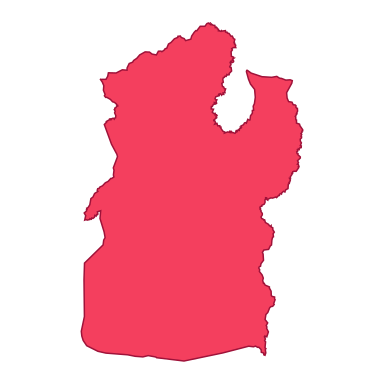 the district of Kranuan, Khon Kaen, Thailand
{"feature_id": "78962969B2173089266466", "entity_name": "Kranuan", "entity_type": "district", "adm_level": 2, "iso_a3": "THA", "parent_name": "Thailand", "parent_adm1": "Khon Kaen", "projection": "mercator", "projection_center": [103.114, 16.767], "detail": "fine", "context": "isolated", "style": "filled", "palette": "rose", "viewbox_px": 384, "rotation_deg": 0, "n_neighbors": 0, "source": "geoboundaries", "source_scale": "gbopen_adm2", "svg_char_len": 5937}
<svg xmlns="http://www.w3.org/2000/svg" viewBox="0 0 384 384"><path d="M266.8,336.8L268.4,331.9L266.6,328.3L266.9,327.0L266.2,325.5L267.7,322.9L265.1,319.6L265.9,314.5L267.8,312.5L269.7,307.7L270.8,306.7L272.7,306.3L274.2,304.5L273.7,303.5L275.1,299.7L274.6,299.2L274.6,297.0L272.1,296.4L271.3,295.5L271.1,291.2L269.4,288.1L269.4,286.9L265.1,285.1L264.2,283.3L263.5,283.4L262.7,280.5L263.3,278.1L262.1,274.9L259.4,271.5L259.7,269.7L258.7,268.0L259.4,266.6L260.5,266.3L261.0,263.6L263.5,260.3L263.1,254.1L262.4,252.3L263.9,250.0L268.6,249.4L270.3,245.9L271.5,245.0L271.9,240.0L272.6,237.3L273.5,236.8L273.1,233.8L274.3,232.1L272.8,229.6L272.8,227.8L271.2,227.0L271.1,225.6L270.5,226.2L269.4,225.7L268.5,224.3L265.4,222.5L264.6,219.8L263.7,220.0L262.9,218.9L261.7,218.5L261.0,217.0L262.3,214.9L262.3,213.4L260.9,211.4L261.0,210.3L260.1,209.4L260.5,208.4L259.8,207.9L260.3,206.6L261.8,206.3L261.7,205.4L264.3,204.1L265.1,202.2L264.9,199.9L265.5,199.5L265.6,197.7L266.6,197.8L267.1,199.8L267.8,200.2L268.1,198.7L268.2,199.1L270.8,197.9L272.6,198.1L275.9,197.0L276.6,197.6L278.9,195.2L279.4,195.4L279.7,194.1L280.9,193.6L281.5,194.0L281.8,192.8L283.4,191.3L284.9,192.0L285.6,189.9L288.0,188.6L288.3,184.2L289.3,183.5L289.0,182.4L289.7,182.1L290.4,179.9L289.5,178.3L290.5,178.2L290.3,176.9L292.0,174.4L291.8,173.3L292.6,173.3L292.7,171.8L293.8,171.3L296.2,171.3L298.6,167.8L298.3,166.8L299.0,166.6L298.3,164.4L297.4,164.2L298.5,162.6L297.5,160.8L300.3,158.0L300.3,156.9L297.9,154.7L298.0,153.6L297.1,153.5L296.7,151.8L297.6,151.3L297.4,149.7L298.4,149.8L298.4,149.0L299.2,149.5L299.6,148.0L301.2,147.6L301.3,145.9L300.3,145.6L301.4,142.9L300.4,141.2L300.2,139.2L301.5,137.9L301.6,136.8L301.0,136.3L301.7,134.5L300.9,133.7L302.0,132.3L301.9,131.2L302.7,130.9L302.7,129.7L300.0,125.8L299.5,124.1L296.5,123.1L296.5,120.0L295.8,119.7L295.7,116.5L295.3,116.3L296.9,113.9L296.4,113.7L297.6,111.1L297.4,108.4L296.9,108.5L295.9,107.3L296.0,105.7L295.3,105.0L293.2,104.7L292.0,102.2L288.6,101.6L287.1,98.0L286.6,92.7L291.8,83.2L292.3,80.6L290.2,79.8L285.8,80.1L281.5,78.4L279.6,78.2L276.8,76.4L271.7,77.3L262.0,76.7L251.2,73.1L247.3,70.3L246.7,70.4L246.4,71.6L248.5,79.2L250.5,84.1L254.6,89.4L255.3,97.3L254.4,103.7L253.2,106.2L253.6,110.2L252.3,110.5L252.4,113.2L250.5,115.8L250.0,119.9L249.3,120.1L247.8,119.3L246.4,123.1L245.8,122.6L244.5,122.9L243.5,124.7L241.0,126.0L241.4,127.1L240.3,127.2L240.8,128.2L239.4,128.8L239.3,130.3L238.2,129.8L237.0,131.7L236.5,131.5L237.0,130.6L236.3,130.5L235.8,131.3L236.4,131.9L234.9,133.3L232.6,132.4L232.0,132.7L231.3,131.5L230.3,132.5L229.9,131.9L230.3,131.3L229.9,131.1L229.2,132.3L227.8,131.9L224.4,133.1L224.7,132.0L223.0,131.3L220.9,128.3L221.0,127.1L219.8,126.8L219.8,125.7L217.7,125.8L217.0,123.4L214.8,124.1L215.6,122.7L214.7,120.7L213.8,120.7L213.7,120.1L216.6,117.8L216.0,117.4L216.1,116.3L217.1,115.7L216.5,114.7L215.0,114.8L215.2,113.4L213.7,113.5L212.3,112.2L213.5,109.2L211.2,108.9L211.4,106.5L212.3,106.5L213.3,104.5L214.3,104.2L214.3,102.5L215.4,102.9L215.7,103.9L216.6,103.4L216.1,100.9L216.9,99.9L215.5,99.5L215.0,98.7L215.8,96.7L219.2,95.7L219.4,94.7L218.6,94.7L218.7,94.2L220.3,93.6L221.6,95.2L222.0,94.4L223.7,94.4L223.1,92.9L225.0,92.7L224.7,91.7L225.6,88.9L224.4,88.7L223.6,86.9L222.5,86.5L221.8,83.4L223.3,82.3L222.8,79.3L223.4,77.5L224.3,77.4L225.0,76.2L226.2,76.4L226.9,74.5L227.6,75.0L229.2,74.7L229.1,73.6L231.6,71.0L231.1,67.4L230.1,67.4L229.7,66.6L231.0,64.7L230.1,62.4L231.0,61.2L231.9,62.7L233.4,62.0L233.7,61.2L233.2,60.1L232.5,60.2L232.5,59.1L234.0,58.1L233.4,58.0L233.5,57.1L231.4,56.3L231.1,51.7L232.4,49.9L231.7,48.6L233.4,47.6L235.8,47.6L235.3,46.1L235.7,45.2L234.4,43.9L235.1,42.7L234.5,43.1L234.0,42.6L234.8,39.3L233.5,38.6L232.3,36.1L231.0,36.2L229.0,33.4L227.4,33.1L227.1,32.2L225.6,32.1L225.4,30.6L221.9,31.1L221.5,30.6L220.9,31.4L220.0,31.0L220.2,31.6L219.5,30.6L218.4,30.8L218.4,29.2L217.3,28.8L217.0,27.7L216.3,27.1L215.3,27.6L214.8,25.4L212.9,25.2L211.5,24.1L211.4,24.7L210.6,24.7L209.8,23.9L210.0,23.2L209.0,23.6L208.4,23.0L206.9,23.6L204.9,26.3L200.2,26.3L196.8,30.8L195.8,30.6L194.2,32.3L191.7,36.0L190.8,39.2L185.6,40.6L184.2,38.6L181.3,37.5L180.3,36.0L177.9,36.3L177.8,37.4L174.4,38.8L171.0,42.5L168.5,44.0L166.7,48.3L165.1,48.7L164.3,50.0L161.9,51.7L161.0,51.1L158.4,51.2L156.4,54.9L152.1,54.1L149.5,52.1L145.1,51.9L139.7,54.9L136.8,58.3L133.6,60.5L132.6,62.2L129.2,63.5L127.1,67.9L127.0,70.2L122.3,69.8L116.1,73.0L108.4,72.8L107.7,76.3L106.0,79.3L100.8,79.4L100.1,78.9L102.3,82.1L103.8,85.7L103.4,90.2L105.1,94.5L104.4,95.8L105.7,97.4L106.7,97.3L110.4,99.4L112.6,101.8L114.3,102.3L116.4,103.9L116.5,104.8L117.7,105.3L117.7,106.1L116.8,106.1L115.8,107.7L114.8,108.1L114.8,109.3L114.3,109.6L115.2,111.3L114.6,112.8L115.8,115.6L115.6,117.8L114.2,118.3L114.2,119.0L113.1,118.2L111.7,118.7L111.0,119.8L110.1,119.7L110.2,118.9L109.5,119.0L109.3,119.8L106.3,121.5L106.6,122.1L104.3,124.5L111.5,144.2L116.9,154.3L117.5,156.7L113.3,167.9L114.0,170.2L113.4,175.0L113.9,177.0L111.6,178.5L110.8,178.4L108.1,181.4L105.3,182.8L102.5,185.8L99.8,187.1L99.2,188.3L97.7,188.7L97.2,190.3L97.9,191.4L94.6,193.5L93.0,197.0L90.9,198.6L89.8,204.8L88.0,207.6L86.7,208.2L87.1,209.2L86.5,209.5L86.6,210.9L84.2,213.0L85.7,215.6L84.7,220.1L86.0,219.6L87.2,220.1L89.9,219.5L90.0,218.7L91.4,219.2L91.8,218.0L93.0,218.4L94.4,217.3L94.8,215.4L96.1,216.1L96.6,214.5L97.5,214.7L97.9,214.0L97.4,211.8L100.7,210.7L100.0,218.5L104.1,231.9L105.1,237.6L103.7,240.1L103.1,244.9L84.5,263.1L84.0,279.7L84.4,316.6L81.3,331.3L81.8,336.0L83.2,340.5L86.7,345.7L97.9,351.3L105.9,353.1L127.7,354.8L135.2,356.3L142.9,356.9L148.2,355.6L155.8,357.0L156.6,357.7L184.0,361.0L222.9,352.9L248.7,346.2L253.5,346.8L255.5,346.1L257.6,347.3L258.9,347.3L261.1,349.6L261.3,352.3L263.8,353.1L263.8,354.8L265.0,355.3L265.8,352.9L265.3,349.7L265.9,348.6L265.0,347.8L265.6,341.8L264.6,340.7L265.4,339.0L264.4,336.8L264.8,336.2L265.2,337.0L266.1,336.3L266.8,336.8Z" fill="#f43f5e" stroke="#9f1239" stroke-width="1.5"/></svg>